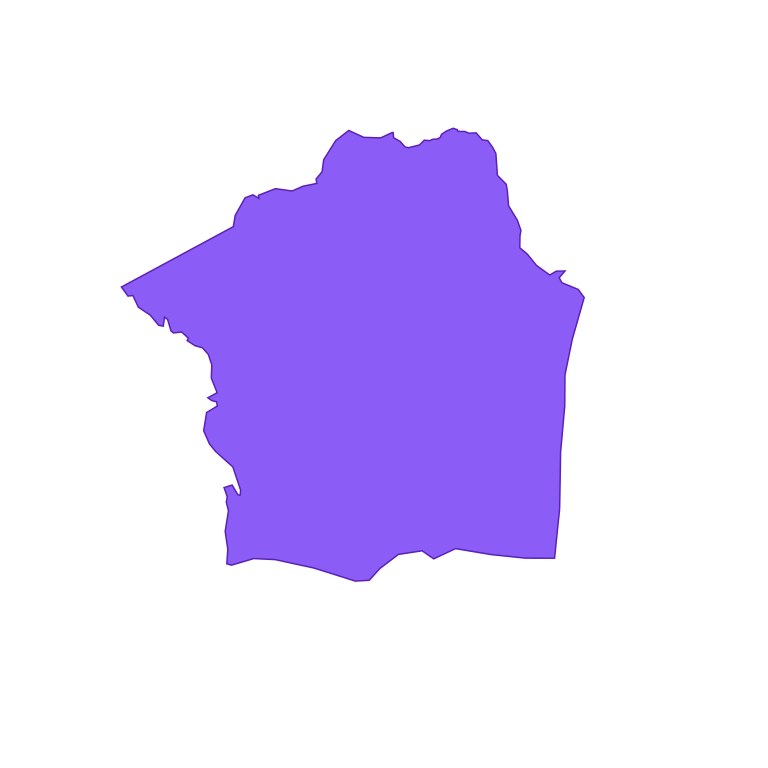 Santa Isabel, Puerto Rico, rotated 320°
{"feature_id": "32010507B73228350773325", "entity_name": "Santa Isabel", "entity_type": "district", "adm_level": 2, "iso_a3": "PRI", "parent_name": "Puerto Rico", "parent_adm1": "", "projection": "natural_earth1", "projection_center": [-66.389, 17.99], "detail": "fine", "context": "isolated", "style": "filled", "palette": "violet", "viewbox_px": 768, "rotation_deg": 320, "n_neighbors": 0, "source": "geoboundaries", "source_scale": "gbopen_adm2", "svg_char_len": 1911}
<svg xmlns="http://www.w3.org/2000/svg" viewBox="0 0 768 768"><g transform="rotate(320 384 384)"><path d="M245.2,140.9L244.4,152.1L248.5,154.8L245.2,167.3L249.2,181.1L249.1,194.2L252.1,197.8L258.8,191.8L259.7,195.5L254.9,206.5L255.6,209.6L262.4,214.1L263.6,223.2L261.1,224.1L263.8,233.1L268.2,239.6L268.4,248.5L264.4,258.6L255.5,268.5L250.6,283.4L240.2,281.3L241.4,286.0L244.3,290.1L242.1,293.7L229.8,291.8L215.8,303.9L211.8,317.7L211.6,327.4L214.9,350.4L205.9,373.2L202.3,376.7L200.9,375.0L202.7,363.8L194.9,360.5L191.4,369.7L187.2,373.2L183.4,381.1L167.6,394.8L158.1,410.2L148.0,420.7L150.6,424.6L152.0,425.3L172.0,434.0L182.7,443.9L187.8,448.6L188.1,449.0L191.9,453.9L199.0,463.1L206.9,473.3L212.0,479.9L235.3,516.5L246.4,524.8L246.9,524.8L262.2,522.7L281.0,523.6L285.5,523.8L304.5,535.4L306.0,536.3L308.2,544.5L308.4,545.4L309.3,548.4L309.7,549.9L333.0,556.1L333.4,556.6L349.8,575.8L350.4,576.5L351.9,578.2L356.2,583.3L380.4,608.3L402.7,627.1L421.1,609.2L430.6,600.0L433.1,597.6L438.1,592.7L439.0,591.7L464.5,562.4L475.3,549.9L489.7,535.6L502.0,523.3L507.9,517.5L509.7,515.4L526.9,495.2L528.3,493.5L541.8,482.8L557.2,470.6L568.6,462.9L592.9,446.5L593.6,436.5L585.4,420.8L586.5,415.2L595.3,413.8L588.5,408.3L581.0,407.0L577.0,391.0L577.3,376.8L575.6,366.9L583.6,357.7L587.6,354.4L591.4,344.4L594.0,327.6L602.6,315.4L606.0,309.6L605.0,297.1L617.8,279.4L619.3,272.8L620.0,264.3L616.2,260.1L616.0,250.8L610.4,246.6L608.0,242.2L603.0,238.0L603.7,236.4L601.4,232.6L594.7,230.4L588.6,229.7L585.5,231.3L582.0,230.4L578.8,227.9L575.3,226.9L571.6,223.1L564.8,223.7L554.6,218.7L552.5,215.9L552.3,208.6L549.7,201.5L552.6,197.3L552.2,196.7L539.6,193.3L527.0,182.0L520.0,167.1L503.4,166.5L482.0,173.4L473.0,181.6L463.8,183.3L461.4,187.1L449.0,180.4L437.7,177.1L426.4,164.6L409.1,158.7L407.5,161.4L405.2,154.8L397.2,152.1L378.4,159.2L369.7,166.6L245.2,140.9Z" fill="#8b5cf6" stroke="#5b21b6" stroke-width="1.5"/></g></svg>